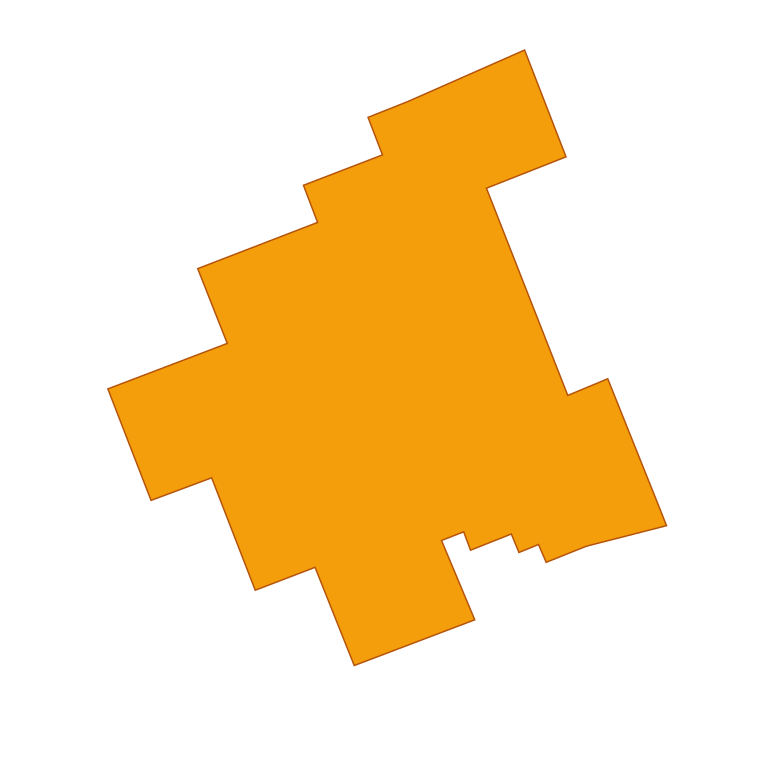 the district of Noble, Ohio, United States of America, rotated 337°
{"feature_id": "52423323B8132923889565", "entity_name": "Noble", "entity_type": "district", "adm_level": 2, "iso_a3": "USA", "parent_name": "United States of America", "parent_adm1": "Ohio", "projection": "robinson", "projection_center": [-81.451, 39.767], "detail": "fine", "context": "isolated", "style": "filled", "palette": "amber", "viewbox_px": 768, "rotation_deg": 337, "n_neighbors": 0, "source": "geoboundaries", "source_scale": "gbopen_adm2", "svg_char_len": 531}
<svg xmlns="http://www.w3.org/2000/svg" viewBox="0 0 768 768"><g transform="rotate(337 384 384)"><path d="M127.9,280.6L124.1,400.1L188.7,403.0L184.9,523.5L248.9,525.8L246.6,631.5L375.4,636.5L375.8,550.5L399.6,551.2L398.7,570.8L442.6,571.8L442.4,591.8L463.5,592.1L463.6,611.5L507.0,612.4L588.7,624.8L589.2,605.7L592.0,466.6L548.7,466.3L554.8,243.8L640.3,246.0L643.9,131.5L516.3,133.3L473.5,132.3L472.1,172.5L387.5,169.6L386.0,209.3L257.6,205.0L255.6,285.4L127.9,280.6Z" fill="#f59e0b" stroke="#b45309" stroke-width="1.5"/></g></svg>